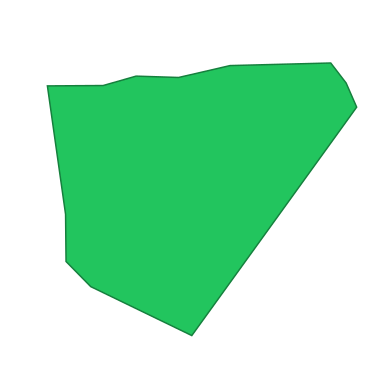 an SVG outline of Krsko, rotated 6°
{"feature_id": "SVN-939", "entity_name": "Krsko", "entity_type": "Municipality", "adm_level": 1, "iso_a3": "SVN", "parent_name": "Slovenia", "parent_adm1": "", "projection": "mercator", "projection_center": [15.579, 46.008], "detail": "fine", "context": "isolated", "style": "filled", "palette": "green", "viewbox_px": 384, "rotation_deg": 6, "n_neighbors": 0, "source": "natural_earth", "source_scale": "10m", "svg_char_len": 314}
<svg xmlns="http://www.w3.org/2000/svg" viewBox="0 0 384 384"><g transform="rotate(6 192 192)"><path d="M206.8,334.8L101.2,296.7L74.0,274.3L68.6,227.4L37.1,101.6L92.5,95.4L124.3,82.6L166.7,79.5L216.6,62.3L316.5,49.2L333.9,67.5L346.9,90.4L206.8,334.8Z" fill="#22c55e" stroke="#15803d" stroke-width="1.5"/></g></svg>